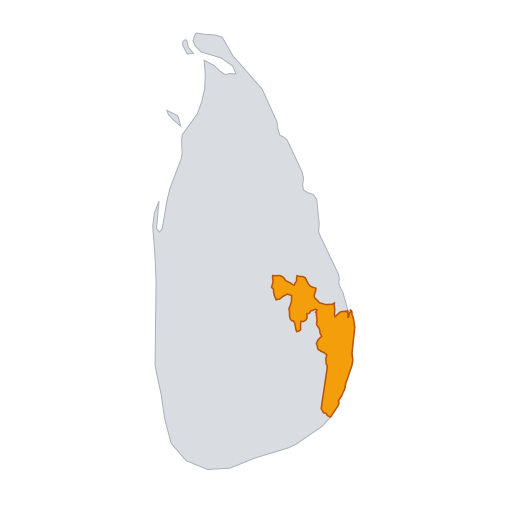 location of Ampāra within Sri Lanka, rotated 5°
{"feature_id": "LKA-2451", "entity_name": "Ampāra", "entity_type": "District", "adm_level": 1, "iso_a3": "LKA", "parent_name": "Sri Lanka", "parent_adm1": "", "projection": "natural_earth1", "projection_center": [81.481, 7.125], "detail": "fine", "context": "in_parent", "style": "filled", "palette": "amber", "viewbox_px": 512, "rotation_deg": 5, "n_neighbors": 0, "source": "natural_earth", "source_scale": "10m", "svg_char_len": 3287}
<svg xmlns="http://www.w3.org/2000/svg" viewBox="0 0 512 512"><g transform="rotate(5 256 256)"><path d="M177.2,39.1L186.5,39.7L196.4,39.4L203.3,40.9L215.2,58.2L247.6,89.2L265.2,120.7L266.8,127.6L269.2,133.6L273.4,135.2L277.0,137.9L294.6,168.3L296.6,174.4L296.3,181.0L297.4,185.9L302.0,188.4L307.7,189.7L311.5,194.2L316.2,218.5L316.2,226.1L317.6,229.3L339.8,267.1L341.0,271.7L340.8,275.1L341.5,278.1L345.8,284.8L352.5,302.8L355.9,306.9L360.0,322.6L360.2,352.7L358.7,366.0L354.6,382.3L349.7,398.3L344.4,409.8L337.1,419.5L312.1,440.2L305.0,444.3L272.6,457.3L248.6,469.6L226.5,472.9L204.4,466.1L187.8,450.0L179.3,426.3L173.4,401.6L165.0,374.1L158.6,289.3L155.5,265.5L150.5,235.3L151.0,222.2L154.6,209.6L154.5,237.2L157.8,240.6L160.2,237.1L162.5,208.5L164.3,196.5L173.2,165.0L173.4,159.5L171.8,147.6L171.9,141.7L185.1,119.6L188.5,106.8L190.3,93.7L189.6,79.5L187.2,65.5L197.8,69.9L203.7,74.8L209.6,78.1L214.4,76.4L220.3,76.4L216.1,68.7L203.8,61.7L183.3,57.4L176.9,51.8L174.5,47.0L175.7,41.3L177.2,39.1ZM166.7,124.7L169.5,133.2L161.5,127.4L156.3,122.5L154.5,118.6L165.3,123.0L166.7,124.7ZM176.0,59.5L169.9,60.8L165.1,53.3L164.0,50.1L165.3,47.9L166.6,46.8L168.2,47.1L170.4,54.1L176.0,59.5Z" fill="#d9dde1" stroke="#a8b0b8" stroke-width="1"/><path d="M349.9,303.2L350.0,303.7L350.8,303.8L351.5,302.7L352.1,302.7L352.9,307.2L352.9,308.9L353.5,308.9L353.6,307.3L353.9,305.7L354.3,304.4L354.9,303.5L354.9,302.7L354.6,301.8L354.8,301.5L355.3,301.7L356.2,302.7L356.5,303.6L356.7,306.0L358.2,308.7L360.6,318.2L360.1,344.6L360.4,346.4L361.4,350.4L361.5,352.7L361.0,357.2L356.5,375.0L356.3,376.8L356.2,379.3L355.9,381.3L354.5,384.4L354.2,385.8L353.6,387.8L351.7,391.1L350.8,392.7L351.5,395.5L350.4,398.7L344.3,409.9L343.4,409.6L341.1,408.8L339.5,406.6L338.2,406.4L337.1,406.4L334.2,402.3L336.7,361.1L336.3,358.8L335.1,356.9L335.1,354.8L334.4,352.6L334.9,350.4L335.1,348.3L332.2,346.3L328.8,345.3L328.3,344.7L327.7,344.3L326.9,344.3L326.2,343.9L325.4,342.4L325.0,340.7L323.8,338.0L324.9,334.6L326.9,331.8L328.5,330.4L326.4,327.0L326.1,324.6L324.7,321.9L322.6,319.7L322.2,317.6L322.4,314.9L321.2,309.0L321.4,307.5L320.8,307.3L320.2,306.9L321.6,304.4L319.7,303.8L317.3,305.3L316.1,305.7L315.0,306.3L314.7,307.3L314.0,308.5L312.7,308.9L311.7,309.0L311.7,310.5L312.2,311.8L312.3,313.1L311.9,314.2L311.2,315.2L310.8,315.9L308.8,317.2L306.4,317.1L306.4,321.4L306.9,325.6L305.1,327.1L303.2,327.9L302.3,326.1L301.6,323.9L301.2,321.9L300.4,319.8L299.7,318.5L299.3,317.5L298.1,317.3L297.3,317.5L295.8,315.9L294.7,313.2L294.1,308.3L293.7,306.9L293.4,305.5L293.7,304.5L294.2,303.4L295.3,297.9L294.9,292.3L290.6,291.2L285.8,294.3L283.8,296.5L282.6,297.0L281.6,297.2L279.9,298.0L277.5,293.4L276.7,290.7L276.6,288.9L276.0,287.3L274.5,286.2L274.2,285.9L275.2,280.6L275.0,278.4L274.3,275.9L274.3,274.0L276.2,274.0L279.8,273.6L281.5,273.3L285.1,274.8L287.9,278.1L292.6,279.8L294.9,281.3L296.8,281.6L297.0,280.4L297.4,279.1L298.1,278.4L298.6,277.2L298.3,274.5L298.7,272.0L301.3,272.6L304.5,272.4L307.0,273.4L310.3,278.9L312.5,281.2L315.4,282.2L318.5,282.9L318.4,286.3L317.4,289.5L317.6,291.4L318.5,293.1L321.5,295.2L323.2,297.0L329.5,298.3L336.0,297.5L338.2,296.0L338.3,298.8L339.0,301.6L339.3,307.9L340.0,309.7L343.4,305.9L345.4,304.1L348.0,303.6L349.9,303.2Z" fill="#f59e0b" stroke="#b45309" stroke-width="1.5"/></g></svg>